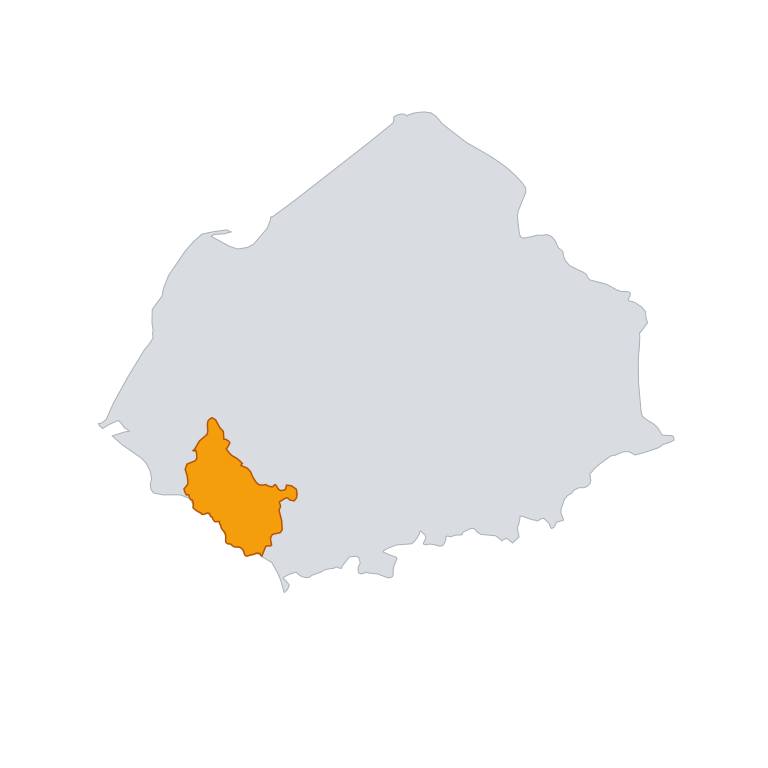 Lubusz highlighted on a map of Poland, rotated 319°
{"feature_id": "POL-3143", "entity_name": "Lubusz", "entity_type": "Voivodeship", "adm_level": 1, "iso_a3": "POL", "parent_name": "Poland", "parent_adm1": "", "projection": "mercator", "projection_center": [15.301, 52.253], "detail": "fine", "context": "in_parent", "style": "filled", "palette": "amber", "viewbox_px": 768, "rotation_deg": 319, "n_neighbors": 0, "source": "natural_earth", "source_scale": "10m", "svg_char_len": 5777}
<svg xmlns="http://www.w3.org/2000/svg" viewBox="0 0 768 768"><g transform="rotate(319 384 384)"><path d="M604.9,424.2L607.5,429.7L608.6,434.0L607.5,437.3L607.8,440.7L617.6,455.1L621.3,465.6L623.6,469.6L629.1,474.9L629.5,477.1L627.4,479.1L624.2,479.9L623.3,481.7L626.6,486.6L629.0,494.8L628.8,501.5L626.9,503.2L624.6,507.2L623.0,510.8L610.1,513.4L607.1,517.2L600.0,524.7L595.2,529.0L588.1,536.8L576.9,550.1L560.7,572.4L557.9,577.5L558.4,581.7L561.3,591.5L561.9,596.0L561.4,600.0L560.5,603.7L560.6,605.3L567.6,612.1L567.8,613.5L567.2,615.2L565.8,616.6L560.4,615.2L554.4,612.4L552.4,612.7L549.2,612.1L535.9,606.7L526.9,602.4L526.0,599.7L524.3,595.7L520.5,592.3L511.7,589.4L508.2,587.1L493.9,585.9L487.7,585.8L483.4,586.7L480.6,586.7L476.7,592.6L474.1,594.3L470.2,594.5L466.8,593.4L463.3,590.3L457.8,588.7L453.8,589.5L450.8,588.8L448.3,588.6L447.4,589.2L445.3,589.1L442.3,590.6L439.1,592.7L435.5,594.4L432.8,597.8L430.3,604.5L423.3,601.5L421.0,602.8L417.7,603.7L415.5,602.8L416.0,600.5L417.0,597.9L417.0,594.2L416.3,590.1L414.2,588.8L410.9,588.3L409.3,587.5L409.1,586.2L407.4,584.5L404.6,580.1L401.8,574.7L400.0,573.1L397.2,575.6L393.1,578.6L390.5,579.6L385.6,588.0L376.7,588.3L376.1,584.4L375.2,580.6L370.0,579.6L369.8,577.4L368.7,571.8L358.3,560.9L357.0,556.3L357.4,554.5L356.7,551.6L354.4,549.8L346.2,547.7L344.0,548.9L342.1,547.7L339.1,545.1L333.9,542.9L333.3,541.8L331.4,539.9L330.4,539.7L329.7,540.8L328.2,542.4L322.8,544.5L320.7,543.7L318.8,541.9L316.5,538.0L313.3,534.6L310.7,533.4L309.1,531.7L308.8,530.3L314.7,527.5L316.0,524.7L315.2,519.4L314.4,518.8L312.0,520.5L307.1,522.1L302.5,522.8L300.2,522.8L287.3,513.3L278.8,510.4L273.9,509.5L273.3,510.5L275.6,515.8L279.5,522.4L279.3,524.2L272.0,528.0L268.9,530.3L266.3,533.5L264.0,534.9L262.0,534.5L259.9,533.0L254.6,523.3L247.8,515.8L247.0,514.2L244.9,513.8L241.9,512.1L240.9,509.8L242.4,507.4L244.5,505.2L248.1,503.8L249.2,502.6L249.9,500.7L251.2,498.2L250.9,497.3L248.3,494.5L244.5,491.8L233.8,493.8L230.9,495.2L229.3,493.4L228.0,490.7L225.3,490.2L221.7,487.7L217.3,485.3L213.0,484.6L204.2,481.1L200.8,480.9L198.8,479.7L196.7,477.0L195.0,474.1L194.1,468.2L187.5,465.5L181.0,463.9L180.6,464.7L180.9,470.7L180.5,473.8L176.2,475.8L172.0,476.0L172.2,475.0L177.3,464.3L179.6,457.5L182.2,445.2L179.0,435.4L178.2,430.8L176.7,428.6L167.8,423.8L167.1,422.1L168.5,415.6L167.8,412.9L165.7,410.0L162.8,404.2L161.7,399.3L165.3,393.5L167.8,383.4L169.2,379.4L166.8,377.1L166.2,373.9L166.8,369.3L165.6,365.9L162.4,363.6L160.4,360.7L159.4,357.0L160.2,351.3L162.6,343.4L157.4,333.9L144.6,322.8L138.5,315.0L139.0,310.5L141.7,306.5L146.6,302.9L150.3,296.4L152.4,288.7L152.5,281.8L146.8,259.2L145.9,253.6L144.9,244.9L156.1,249.7L160.8,252.4L160.3,249.3L159.3,246.7L159.9,242.9L159.6,237.1L149.4,234.1L142.6,233.1L141.9,229.1L142.5,226.5L144.4,228.0L151.0,228.6L167.4,220.8L195.5,210.6L225.6,201.0L232.7,199.9L239.7,197.9L242.3,194.3L245.0,191.9L249.1,185.5L258.1,175.6L274.2,172.0L280.1,167.3L292.7,160.7L321.3,153.2L333.2,151.6L344.9,151.4L355.4,157.3L366.4,164.5L368.4,168.9L362.4,166.1L353.7,159.6L350.5,159.4L357.9,179.1L362.0,186.0L370.2,191.2L377.1,193.0L398.3,189.8L405.8,185.7L408.0,183.6L409.9,184.7L437.7,186.9L534.2,192.0L561.9,192.9L563.6,192.3L566.4,189.0L569.9,189.4L574.0,191.5L575.9,193.0L576.7,194.7L577.2,196.7L579.4,197.1L583.5,198.7L589.0,202.1L593.3,205.5L597.4,210.3L598.8,215.7L598.9,221.8L598.6,225.7L604.6,255.7L614.0,282.8L617.4,295.9L618.8,302.8L619.9,312.8L620.2,319.8L620.2,323.8L619.5,329.2L616.7,332.4L598.7,341.5L595.3,344.4L590.0,351.5L585.2,358.8L584.0,361.3L583.7,362.9L584.8,365.3L591.2,369.2L597.7,372.3L599.8,374.7L604.5,377.7L606.3,380.3L607.2,382.7L607.2,388.1L605.0,395.5L605.9,401.1L603.7,404.9L601.9,409.0L601.7,416.3L604.9,424.2Z" fill="#d9dde1" stroke="#a8b0b8" stroke-width="1"/><path d="M178.9,433.8L178.7,431.8L179.2,430.8L178.6,429.7L177.7,428.7L177.0,428.1L175.8,427.6L173.5,426.9L172.4,426.3L172.4,426.2L171.4,425.5L168.2,424.4L167.1,423.3L166.9,422.4L166.8,421.9L167.2,420.3L168.2,418.8L168.7,417.2L168.7,415.1L168.2,413.1L167.5,411.8L165.2,409.8L164.0,408.5L163.5,406.4L163.3,404.3L162.7,403.4L161.8,402.8L161.0,401.6L160.8,399.9L161.5,398.5L164.3,395.6L165.2,394.4L165.9,393.0L166.4,391.4L166.5,386.5L166.8,385.7L167.9,383.8L168.1,383.0L168.2,382.3L168.3,381.6L168.7,380.9L169.6,379.8L166.4,377.4L165.9,376.2L166.2,374.1L166.7,372.7L166.9,371.5L166.2,370.4L166.2,369.9L167.2,368.6L167.2,367.0L166.4,365.6L165.0,365.0L163.7,364.7L162.0,363.8L160.9,362.6L161.2,361.1L160.1,358.7L159.0,355.2L158.7,352.0L161.2,349.8L162.4,347.9L163.2,346.0L163.0,345.1L162.1,344.3L162.5,342.4L163.9,339.5L162.3,338.2L162.0,337.9L163.3,333.6L164.3,331.9L168.5,331.3L171.0,330.2L174.9,324.8L178.0,317.9L182.8,315.2L191.0,318.0L193.6,317.6L196.6,314.1L198.5,310.5L197.1,310.3L196.2,309.0L198.9,308.8L207.3,305.9L217.4,306.0L219.9,304.1L224.3,298.5L226.9,296.4L229.6,296.1L232.1,296.6L233.4,300.6L232.5,304.5L231.5,309.2L231.6,314.4L226.9,320.6L228.4,322.0L229.4,326.0L229.0,327.3L228.0,327.9L223.3,329.4L222.6,329.3L222.3,330.0L222.2,331.9L222.0,333.6L222.2,338.1L223.9,342.9L224.5,345.7L224.9,348.7L224.9,351.1L223.6,351.1L222.5,351.8L224.6,355.5L225.6,357.9L225.7,362.9L224.1,367.6L223.9,368.8L223.7,370.0L223.2,372.4L223.1,375.1L223.5,377.6L224.7,379.3L226.0,380.7L228.7,382.2L229.6,384.7L230.8,386.7L232.5,388.5L234.3,388.5L235.2,388.2L236.0,388.7L236.1,390.3L235.6,391.8L235.4,394.6L236.1,396.7L238.3,398.1L240.5,398.9L244.1,396.4L247.3,400.0L248.8,405.9L246.4,409.8L243.4,412.5L239.5,413.3L236.8,409.8L236.6,407.1L235.3,405.7L227.9,404.3L226.9,405.6L226.2,407.7L224.7,409.2L223.0,409.7L221.9,410.5L217.1,420.0L211.6,427.2L208.1,428.1L201.2,424.3L197.6,425.5L196.0,427.5L193.5,431.8L192.0,431.7L189.1,429.1L187.7,429.2L179.8,433.3L178.9,433.8Z" fill="#f59e0b" stroke="#b45309" stroke-width="1.5"/></g></svg>